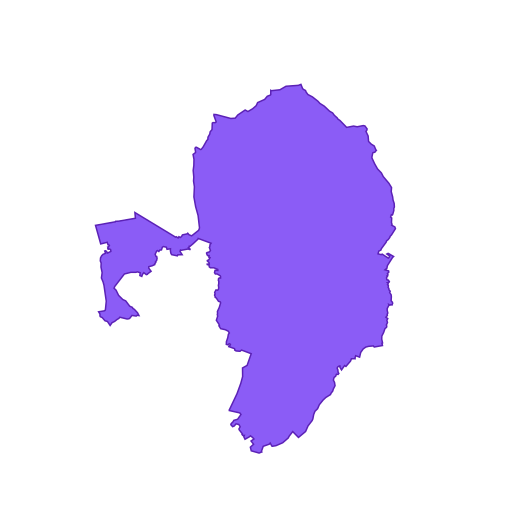 Barnova, Iasi, Romania (Natural Earth projection), rotated 210°
{"feature_id": "2599482B29506640836686", "entity_name": "Barnova", "entity_type": "district", "adm_level": 2, "iso_a3": "ROU", "parent_name": "Romania", "parent_adm1": "Iasi", "projection": "natural_earth1", "projection_center": [27.626, 47.082], "detail": "fine", "context": "isolated", "style": "filled", "palette": "violet", "viewbox_px": 512, "rotation_deg": 210, "n_neighbors": 0, "source": "geoboundaries", "source_scale": "gbopen_adm2", "svg_char_len": 6144}
<svg xmlns="http://www.w3.org/2000/svg" viewBox="0 0 512 512"><g transform="rotate(210 256 256)"><path d="M347.6,122.9L347.3,126.3L345.7,128.7L344.6,131.6L343.6,133.2L343.3,134.9L336.1,137.0L334.7,138.1L334.2,138.9L333.7,142.5L329.7,144.1L329.3,145.2L327.6,145.9L330.2,147.6L334.7,149.0L336.4,149.0L337.3,149.7L340.3,149.4L346.4,152.0L349.6,151.7L355.3,153.2L360.2,156.5L362.8,157.1L363.1,158.9L361.0,174.6L356.2,179.3L352.0,181.7L350.7,183.0L347.9,183.6L346.8,181.0L344.7,181.2L345.1,183.3L344.8,185.5L341.7,185.0L340.9,185.8L340.8,186.7L339.2,190.3L342.9,191.9L343.5,193.2L341.1,195.5L339.4,197.9L339.8,198.2L339.6,200.4L340.1,200.7L339.8,202.4L340.5,204.5L341.7,205.9L342.4,205.6L344.2,207.1L344.5,210.5L344.1,211.4L342.4,211.3L342.3,213.0L340.9,214.0L341.5,216.7L340.9,217.9L338.0,218.8L336.4,217.3L333.7,219.5L332.8,217.8L331.1,215.8L329.7,215.0L324.2,216.8L324.3,217.9L320.6,220.2L324.1,222.0L324.4,223.4L323.7,223.5L318.3,228.1L316.5,228.5L316.5,229.0L318.7,229.4L318.4,230.1L318.6,230.9L318.2,230.8L316.6,235.2L314.6,241.8L314.8,242.3L301.3,244.6L301.5,242.9L300.6,240.7L300.7,240.1L298.2,238.0L298.4,236.3L300.2,234.4L300.3,233.8L298.9,232.5L297.6,232.2L296.8,232.8L296.2,231.4L295.0,231.6L295.0,229.0L295.9,227.8L295.8,227.4L293.4,226.8L292.5,225.8L294.2,224.5L293.9,224.2L292.2,224.7L291.0,223.2L289.6,223.0L286.6,224.7L282.4,225.3L281.8,224.4L284.3,223.1L283.6,220.8L282.2,220.1L280.6,221.0L277.1,221.0L276.5,220.6L275.7,219.2L276.9,218.6L277.1,217.5L276.3,215.9L275.6,215.5L274.3,213.1L274.0,211.9L272.5,210.0L271.9,208.5L272.1,207.2L273.7,206.6L273.6,203.8L272.4,202.6L272.5,201.9L272.0,201.0L271.1,200.6L270.7,199.8L269.5,199.8L265.8,198.0L263.9,198.4L263.2,197.7L262.1,193.1L261.7,188.7L260.3,186.6L260.4,186.2L259.1,184.7L258.2,180.5L253.8,178.3L253.0,177.6L253.2,177.0L250.2,175.4L245.8,176.8L242.5,177.0L240.6,176.0L240.8,174.4L239.6,171.1L238.8,167.0L237.5,164.6L236.0,165.0L235.3,166.7L234.0,166.7L233.8,165.4L234.4,164.5L234.3,163.9L228.4,165.0L227.8,164.7L227.4,163.9L225.8,163.8L222.2,165.5L221.5,167.3L211.3,169.0L209.0,156.8L211.7,152.3L207.3,144.9L205.5,138.1L203.6,127.3L202.2,109.9L202.2,108.7L202.5,108.6L191.6,112.0L189.8,111.3L190.3,105.4L193.0,102.6L193.0,101.1L193.7,98.3L193.4,97.3L190.9,96.5L189.9,97.8L189.3,100.7L186.6,101.5L184.3,100.2L184.3,97.7L183.7,97.1L178.8,95.1L178.9,94.5L177.7,94.0L176.4,94.8L176.2,93.4L173.9,91.8L171.4,96.0L170.9,97.5L168.1,97.1L166.3,96.5L167.8,93.3L164.0,91.8L165.3,87.6L162.7,84.9L154.8,86.9L153.0,89.2L153.6,89.5L154.6,94.8L150.4,99.7L150.2,101.1L147.2,99.3L146.7,99.4L143.9,101.7L139.5,107.6L137.1,114.5L137.2,116.5L136.4,122.3L128.5,120.1L125.3,128.8L126.0,134.9L125.1,141.5L125.3,143.3L126.8,147.6L127.3,151.0L126.3,154.5L126.8,158.9L125.9,164.7L124.8,168.4L122.2,173.3L122.4,174.5L122.0,177.4L122.5,179.4L122.7,183.2L124.8,185.8L126.9,187.2L127.5,189.1L127.6,190.2L126.9,191.5L127.2,193.8L125.7,194.5L125.6,195.8L126.6,196.2L128.4,198.6L129.3,199.0L129.8,200.1L129.7,200.9L128.9,202.4L128.2,202.7L127.6,201.5L125.0,200.1L124.5,205.4L122.9,205.3L121.6,212.3L122.0,214.7L118.8,216.6L119.3,217.2L119.8,219.5L115.7,220.2L117.1,224.8L116.7,229.1L115.4,232.0L113.3,234.1L109.4,236.8L108.1,236.3L101.7,241.7L103.3,243.4L102.9,243.9L103.1,244.2L105.5,246.8L107.0,249.6L107.2,253.4L108.0,257.6L107.3,259.5L107.7,260.7L108.6,261.4L108.9,264.2L110.5,265.7L110.6,267.7L112.9,267.9L112.5,270.2L113.3,271.2L113.3,272.5L115.2,274.5L116.1,276.1L116.3,279.9L116.8,280.4L115.4,280.4L114.9,281.2L113.7,281.6L114.0,283.4L114.8,284.2L116.6,284.8L118.4,288.4L119.6,290.0L122.0,291.2L122.2,292.6L123.9,293.2L124.8,294.4L125.8,294.8L126.5,296.5L127.7,296.9L127.5,297.5L127.8,298.3L128.9,298.6L127.7,299.7L127.7,300.5L129.4,301.3L130.7,300.9L131.3,301.3L132.2,302.8L132.0,304.1L132.6,304.3L132.2,305.6L133.4,306.5L132.9,308.4L133.7,309.4L137.4,308.5L136.5,310.8L137.4,313.4L137.0,322.9L136.6,324.4L142.7,324.4L143.2,324.0L143.7,323.1L140.2,322.8L140.0,321.2L140.4,320.3L147.7,320.7L148.2,319.8L151.4,318.9L152.1,321.6L150.8,323.6L151.1,324.9L150.2,333.0L150.5,334.4L149.7,336.4L149.4,339.1L149.7,340.0L149.2,341.9L148.9,349.4L150.3,350.6L153.9,350.5L154.0,351.4L155.4,352.7L157.5,356.8L158.9,357.0L159.4,359.5L158.4,359.7L158.4,360.3L159.4,364.4L160.4,366.0L160.7,367.7L162.7,370.7L165.3,373.0L167.2,375.5L171.1,379.4L172.8,383.0L177.2,385.4L185.5,388.4L188.9,390.6L194.3,392.2L199.4,395.2L204.5,398.8L205.1,399.7L206.4,403.6L206.2,404.2L205.0,405.2L204.6,407.7L205.2,407.8L208.6,410.4L212.1,410.5L215.8,411.5L218.9,416.0L223.1,418.9L222.9,420.3L223.3,421.6L226.7,423.1L228.3,422.6L233.0,418.5L236.5,417.3L241.8,412.7L250.9,415.3L253.7,415.6L254.7,416.2L258.5,417.0L261.2,418.2L264.7,418.2L271.8,419.9L277.0,420.1L279.7,421.0L286.7,422.0L291.8,421.8L294.5,423.0L295.9,424.1L298.3,424.0L299.5,424.4L302.9,427.1L304.6,425.0L314.9,418.0L318.4,411.9L325.4,406.8L326.0,406.8L323.9,403.1L324.0,402.6L326.1,400.0L326.8,395.9L331.3,389.7L331.0,386.3L332.5,381.9L335.2,377.1L338.4,377.0L342.3,369.0L342.9,365.0L346.6,362.5L361.1,358.6L363.2,357.6L362.7,356.6L357.6,352.3L357.6,351.8L358.0,351.1L360.0,350.0L360.3,349.2L357.3,343.5L357.8,340.6L357.0,338.5L357.0,334.9L356.0,332.9L356.4,331.3L356.3,324.2L356.7,321.0L357.2,320.5L362.0,320.4L362.7,319.8L362.6,318.6L360.2,315.7L360.3,314.8L361.3,312.5L358.0,308.6L355.1,303.3L353.2,298.7L349.3,293.2L347.6,289.7L344.0,285.2L339.3,276.1L332.9,268.5L326.4,262.1L319.0,252.1L318.6,250.4L318.6,249.4L321.8,241.3L324.6,240.9L326.5,241.6L326.7,240.7L330.1,237.7L330.3,237.2L330.2,235.7L330.9,234.1L332.4,234.2L332.5,232.7L334.7,232.8L335.1,232.1L382.6,233.1L379.3,228.4L392.6,217.3L394.9,215.9L394.9,215.3L410.3,202.3L396.5,188.8L391.7,193.5L389.8,191.7L389.3,192.1L388.3,191.9L388.3,190.4L388.9,189.6L387.9,188.9L388.1,188.4L387.4,187.9L386.2,188.9L384.9,188.7L384.0,187.4L386.0,184.4L388.0,185.3L389.0,185.3L389.5,184.7L387.6,183.1L389.3,181.0L389.8,179.0L389.7,176.6L388.4,173.9L386.6,172.5L384.7,168.9L380.9,164.6L378.9,159.7L375.4,157.0L373.0,154.6L363.1,142.0L359.7,134.5L359.5,133.4L360.0,132.6L364.4,129.0L362.1,127.7L361.1,126.0L360.4,125.6L358.4,125.8L354.4,124.4L351.9,125.0L347.6,122.9Z" fill="#8b5cf6" stroke="#5b21b6" stroke-width="1.5"/></g></svg>